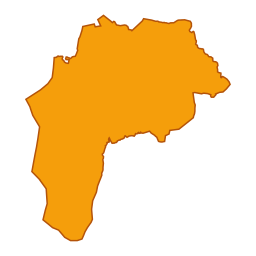 the district of Tsafe, Zamfara, Nigeria
{"feature_id": "59680162B12426298681132", "entity_name": "Tsafe", "entity_type": "district", "adm_level": 2, "iso_a3": "NGA", "parent_name": "Nigeria", "parent_adm1": "Zamfara", "projection": "robinson", "projection_center": [6.979, 11.824], "detail": "fine", "context": "isolated", "style": "filled", "palette": "amber", "viewbox_px": 256, "rotation_deg": 0, "n_neighbors": 0, "source": "geoboundaries", "source_scale": "gbopen_adm2", "svg_char_len": 4021}
<svg xmlns="http://www.w3.org/2000/svg" viewBox="0 0 256 256"><path d="M184.7,19.8L178.6,20.1L177.5,20.4L173.7,22.8L172.3,22.8L170.3,22.9L169.0,23.5L167.4,23.2L166.2,22.8L164.9,22.8L164.1,22.4L162.9,22.7L161.7,22.3L160.9,22.2L158.6,21.8L157.9,21.2L157.1,21.2L155.7,21.3L151.6,20.1L143.6,18.7L142.3,21.0L131.9,30.7L131.4,30.0L130.6,29.9L129.6,29.6L128.6,29.5L128.4,28.7L128.4,28.1L127.9,27.2L127.8,26.5L127.4,26.3L126.8,25.9L126.2,25.3L124.5,25.0L120.3,25.7L116.5,24.9L114.6,21.7L113.7,21.4L112.4,22.6L110.7,21.1L103.5,15.4L97.8,19.6L100.7,25.9L95.2,26.8L94.2,24.0L82.8,26.5L81.9,30.7L79.9,36.9L78.8,38.8L77.2,48.7L77.7,50.4L76.2,54.3L75.3,56.3L73.6,56.5L72.2,56.9L71.5,57.8L70.4,58.5L69.6,58.0L68.6,57.8L67.0,57.0L66.2,57.0L65.6,58.8L66.1,59.6L69.1,59.7L68.4,63.2L68.2,63.4L66.0,63.0L64.5,62.1L63.7,60.5L62.4,59.6L62.2,58.5L62.9,57.0L62.4,56.3L61.9,56.3L60.0,56.3L58.9,56.5L58.1,56.0L57.0,56.7L56.6,57.3L55.4,57.4L55.0,57.5L54.8,57.5L54.2,57.6L54.1,59.2L53.4,68.1L52.2,77.6L47.9,83.7L40.5,89.9L25.9,99.3L29.9,106.7L30.8,109.6L32.8,115.4L39.6,126.8L37.8,139.3L37.3,142.3L36.5,147.2L35.1,154.2L31.9,171.6L39.8,179.7L39.7,179.8L46.2,188.8L47.2,203.7L45.4,209.9L43.0,219.8L51.7,226.9L52.5,227.6L58.6,230.1L64.7,237.3L70.6,240.6L75.9,240.6L77.2,240.6L82.0,239.0L83.5,235.6L85.0,231.8L87.4,227.6L91.1,222.3L92.4,219.3L91.7,210.9L91.6,209.1L92.7,200.7L94.7,196.1L96.4,192.2L97.6,186.0L99.4,181.3L100.7,178.1L101.8,175.2L101.7,173.1L102.8,170.7L103.0,169.4L103.0,167.2L103.4,163.3L102.8,159.5L103.4,158.2L103.5,156.5L102.5,155.3L102.3,154.1L103.6,152.9L104.2,151.1L104.8,148.8L105.6,146.9L105.5,146.2L105.4,145.8L105.9,145.6L106.3,144.9L106.8,144.1L107.1,143.4L107.2,143.2L106.9,142.7L107.1,142.4L107.5,142.3L108.2,142.2L108.7,142.1L108.9,142.2L109.2,141.8L109.2,141.5L108.9,141.2L109.1,140.7L108.8,140.2L108.6,139.9L108.7,138.8L108.9,138.4L109.2,137.9L109.6,138.6L110.0,139.6L110.4,140.4L110.8,141.2L111.4,142.1L111.9,143.1L112.8,143.3L113.4,143.2L113.8,143.0L114.6,143.1L115.5,142.5L116.3,142.5L117.2,141.6L117.3,141.0L118.2,140.5L118.5,140.3L119.2,140.1L120.1,140.1L120.5,139.5L121.4,139.2L122.2,139.0L122.7,139.0L123.0,138.5L123.7,138.3L124.4,137.7L124.5,136.9L124.9,136.5L124.9,136.0L125.3,135.9L125.5,136.4L126.2,136.5L127.0,137.3L128.0,136.8L128.3,136.4L129.4,136.0L130.4,135.9L130.8,135.7L132.2,135.7L133.3,135.9L133.6,135.8L133.8,136.1L134.2,136.2L135.1,135.0L135.4,134.0L135.5,133.8L135.7,134.0L136.7,133.8L137.3,133.7L137.5,133.4L137.9,133.4L138.0,133.2L138.0,132.9L138.2,132.6L138.5,132.4L138.9,132.5L139.2,132.9L139.3,133.3L140.0,133.1L140.4,133.1L140.5,132.8L140.7,132.5L140.8,132.3L141.0,132.6L141.3,133.0L143.1,133.2L149.6,131.2L151.1,133.0L154.8,135.4L155.4,136.2L156.7,137.1L157.2,138.1L157.5,139.0L158.5,141.3L159.1,141.6L161.0,142.0L162.9,141.9L163.4,141.6L164.6,141.5L165.5,135.6L167.1,134.9L168.1,134.4L169.0,134.0L169.7,131.0L169.8,130.4L178.9,129.2L193.3,117.7L193.6,116.1L194.5,113.8L194.9,111.1L194.9,108.2L195.2,105.0L194.3,102.5L193.0,92.9L194.7,92.5L201.5,93.8L203.7,93.2L207.6,93.6L210.5,94.6L210.8,94.7L210.6,95.9L211.3,97.2L213.7,97.2L215.9,94.7L215.6,94.0L219.7,92.3L223.0,92.0L226.4,88.9L230.1,84.4L229.1,81.9L228.1,80.6L227.0,79.2L224.7,77.6L222.7,76.5L222.0,76.7L221.6,77.6L220.9,77.5L220.7,76.8L220.9,74.7L220.9,73.1L218.6,72.5L217.6,71.8L217.6,69.5L217.2,67.8L217.1,67.0L217.9,65.5L217.5,63.2L216.6,62.2L215.7,61.8L214.4,61.6L213.3,61.4L212.9,60.9L212.8,60.4L212.8,59.9L212.7,59.6L212.6,59.3L212.8,59.1L212.7,58.1L212.1,57.7L211.5,57.3L210.9,56.8L210.3,56.8L209.7,56.8L208.8,56.6L208.3,55.9L207.7,55.0L206.9,54.3L205.5,54.1L204.9,53.4L204.3,52.6L203.8,51.7L203.6,50.5L203.4,49.3L202.7,48.9L201.5,48.9L200.9,48.6L199.7,48.6L198.5,48.1L197.6,47.2L197.5,46.3L197.4,45.6L197.0,45.0L196.3,44.8L195.7,44.2L195.9,43.4L196.1,42.7L196.3,41.8L196.3,40.7L195.7,40.1L195.3,38.4L195.0,36.5L194.7,34.7L193.9,31.8L193.2,31.4L192.6,31.9L191.8,32.6L190.8,32.0L189.8,31.5L189.3,30.1L190.6,28.2L191.5,26.2L191.4,24.8L191.4,23.2L190.3,21.3L184.7,19.8Z" fill="#f59e0b" stroke="#b45309" stroke-width="1.5"/></svg>